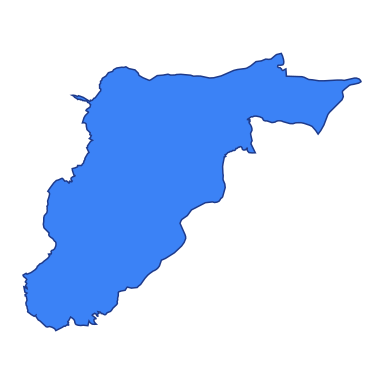 Magherani, Mures, Romania (Equal Earth projection)
{"feature_id": "2599482B35155087466971", "entity_name": "Magherani", "entity_type": "district", "adm_level": 2, "iso_a3": "ROU", "parent_name": "Romania", "parent_adm1": "Mures", "projection": "equal_earth", "projection_center": [24.936, 46.581], "detail": "fine", "context": "isolated", "style": "filled", "palette": "blue", "viewbox_px": 384, "rotation_deg": 0, "n_neighbors": 0, "source": "geoboundaries", "source_scale": "gbopen_adm2", "svg_char_len": 5742}
<svg xmlns="http://www.w3.org/2000/svg" viewBox="0 0 384 384"><path d="M117.6,298.2L118.3,295.6L118.3,292.4L118.9,291.8L121.1,291.0L125.1,290.3L127.0,287.3L127.4,287.1L131.4,288.1L137.2,287.5L138.6,286.0L140.6,284.5L144.8,278.5L147.7,275.2L149.8,273.4L153.2,271.0L154.7,270.4L156.6,269.2L158.0,267.9L159.4,266.0L161.4,260.2L165.5,258.4L174.4,252.8L181.6,246.0L184.1,242.5L185.7,238.5L185.6,236.5L185.0,234.6L180.0,223.3L181.0,220.8L181.9,219.4L187.3,215.6L191.5,209.9L205.4,202.7L212.5,201.9L214.6,202.5L217.1,202.1L219.0,201.2L219.8,200.2L221.0,198.2L221.5,198.1L222.6,196.9L225.2,187.6L224.8,184.0L223.2,180.1L223.0,179.0L223.2,175.3L222.9,173.5L222.6,166.6L223.0,163.7L224.2,157.6L224.1,157.1L224.3,156.8L224.8,156.9L225.8,156.4L225.3,155.6L225.5,155.2L225.2,154.6L226.4,154.2L227.8,152.6L229.3,152.1L229.9,151.5L230.3,151.4L230.9,151.6L232.2,151.0L232.6,150.5L234.2,150.5L234.9,150.3L235.7,149.4L235.9,148.5L237.1,148.4L238.3,147.3L239.1,147.3L239.3,147.0L240.5,146.6L241.3,146.9L242.0,147.8L242.3,149.1L242.7,149.6L243.9,150.1L245.5,149.8L247.1,148.1L247.3,148.2L247.1,150.0L247.7,151.1L249.0,152.6L252.1,152.9L255.3,152.8L251.0,143.9L251.3,142.1L252.1,140.8L250.7,134.6L250.6,133.2L252.0,130.3L251.9,128.4L251.4,126.7L250.6,125.0L249.1,122.8L249.1,122.6L249.5,122.3L249.1,121.0L249.2,120.7L249.8,121.5L250.0,121.4L249.9,119.7L249.6,119.5L247.5,119.6L247.5,119.3L251.4,116.7L252.6,116.9L253.9,116.2L256.1,116.1L259.8,116.8L262.5,118.1L263.1,119.6L263.8,120.4L265.2,120.9L267.0,120.9L271.9,122.6L273.4,122.4L275.3,122.0L276.1,121.4L277.9,120.8L280.2,120.8L281.6,121.0L283.2,121.7L290.0,123.6L293.0,123.7L295.7,122.8L298.5,122.7L301.2,122.7L303.9,123.3L309.6,125.2L312.1,126.4L315.6,130.4L318.1,134.1L320.8,130.5L323.9,125.0L327.9,114.5L329.5,112.3L342.0,99.8L343.3,96.7L342.9,94.4L342.4,92.7L342.5,91.2L344.5,89.3L349.4,85.3L351.1,84.7L353.6,84.3L358.7,83.1L361.0,81.7L360.5,80.4L359.1,79.0L356.5,78.1L354.3,78.1L344.3,80.4L341.8,80.1L336.9,80.1L324.1,80.8L319.0,80.8L312.4,79.8L308.7,79.5L304.2,77.3L301.9,76.7L286.4,76.2L285.9,68.9L284.2,69.7L283.9,70.1L282.8,70.5L282.0,70.0L281.5,69.3L281.4,68.8L280.9,68.6L280.1,67.6L278.6,67.6L277.6,66.8L277.8,65.6L278.2,65.2L281.0,65.2L282.8,64.8L283.4,64.0L283.7,63.2L283.8,61.6L283.5,59.5L282.5,56.0L281.3,53.4L276.7,54.5L275.7,55.1L271.1,59.0L268.9,59.4L265.7,59.1L261.3,60.9L256.0,61.6L250.7,65.9L247.0,68.0L245.4,68.5L237.6,69.5L233.8,70.4L221.2,75.9L213.6,77.8L209.4,78.0L200.5,76.1L197.1,76.0L193.5,76.2L190.7,75.2L180.9,74.3L176.5,74.5L175.0,75.0L170.6,75.1L168.0,74.2L163.1,75.1L157.2,75.6L150.8,79.8L149.3,80.4L142.9,77.7L139.0,75.4L138.2,73.1L135.0,69.9L128.9,68.6L125.9,66.8L124.6,67.2L123.3,67.4L121.9,67.2L116.7,68.0L113.6,69.7L112.6,71.4L108.4,72.7L105.9,76.1L102.5,78.2L102.0,79.0L101.8,80.2L100.5,81.3L100.6,83.4L99.5,84.5L99.6,86.2L99.6,88.3L100.8,89.1L100.6,91.0L99.5,92.1L95.4,97.6L94.4,98.3L93.9,98.3L92.4,100.2L91.6,100.5L90.5,100.2L90.4,101.1L89.6,101.3L83.3,97.4L80.1,96.2L78.4,95.7L77.6,96.5L75.2,95.5L73.1,95.2L72.2,95.3L73.6,96.0L74.6,97.3L76.9,98.6L77.7,99.5L78.7,99.2L79.8,99.5L80.5,99.4L80.8,99.9L81.7,99.7L82.7,100.6L83.7,100.6L84.8,100.9L86.3,100.9L86.9,101.1L87.4,101.8L87.6,102.4L88.8,102.8L89.5,103.4L89.7,103.9L90.6,104.6L90.0,107.1L86.5,109.5L86.0,110.6L88.3,111.9L88.4,112.4L85.3,115.5L84.0,117.7L82.4,122.9L84.3,122.7L85.5,123.3L86.1,123.9L86.3,124.7L86.3,126.2L87.0,129.6L90.2,132.8L89.8,134.5L90.2,135.0L91.3,135.4L90.5,137.4L89.3,138.6L92.5,140.3L90.6,141.4L87.5,145.9L87.6,147.2L86.7,147.7L89.0,152.6L87.8,153.4L85.6,157.1L84.9,158.4L84.9,159.6L84.1,160.7L83.5,163.0L82.2,164.3L81.8,165.2L81.5,165.5L77.6,165.5L77.5,166.8L75.0,167.9L72.2,168.6L72.4,170.4L74.0,175.3L74.7,175.4L75.0,175.8L74.8,176.1L72.5,176.9L71.1,178.1L71.0,178.8L71.2,179.8L71.8,180.7L72.2,181.0L71.7,181.8L70.3,181.6L69.8,181.1L69.5,181.3L69.3,182.9L68.8,183.0L67.5,181.6L66.4,180.9L64.9,181.2L62.5,178.4L61.7,178.4L58.5,179.9L56.3,180.5L53.7,183.0L50.0,188.0L47.8,191.3L49.0,192.2L49.6,193.6L49.5,194.6L49.0,196.8L47.6,201.0L48.0,204.2L47.7,205.2L46.9,206.3L47.2,206.8L47.1,209.2L47.3,210.6L46.8,212.8L44.3,215.7L43.8,217.7L43.7,221.8L43.3,224.2L43.9,227.5L44.3,228.2L49.1,233.0L48.8,234.4L48.9,235.3L49.3,236.0L50.6,237.2L52.7,238.6L54.5,241.1L55.4,241.7L55.9,242.7L56.0,244.3L55.8,246.0L54.6,248.8L53.3,249.9L51.7,250.5L51.3,250.9L51.0,251.8L51.4,252.5L51.3,253.8L48.5,254.1L48.9,255.0L49.8,255.1L49.4,256.2L48.3,257.6L47.5,258.5L43.7,261.4L42.5,262.6L41.4,263.3L39.7,264.0L38.2,265.7L37.4,266.2L36.7,268.1L35.0,269.8L31.0,272.6L27.0,274.2L26.1,273.3L23.0,275.1L23.3,276.0L24.0,276.9L26.0,278.4L26.8,279.5L25.3,281.9L26.5,283.0L26.8,283.5L25.3,286.2L26.8,287.2L27.1,288.6L23.9,286.9L24.9,292.1L27.0,293.1L25.6,294.5L25.1,294.6L25.2,295.9L26.3,296.2L27.0,300.1L25.9,302.9L26.2,305.2L27.0,306.4L27.2,308.3L27.9,310.3L27.6,311.5L27.8,312.0L29.7,313.3L31.1,314.5L34.2,316.3L35.8,315.3L35.6,316.0L38.2,319.9L40.2,321.1L46.1,326.7L47.3,327.0L49.6,326.5L52.2,327.3L54.7,328.7L55.8,330.6L62.3,327.3L64.1,326.1L65.1,326.3L66.8,325.0L68.6,325.1L68.7,324.9L67.9,324.0L68.2,323.2L68.6,322.9L68.6,322.7L67.7,321.9L67.7,321.6L68.6,320.8L70.6,317.0L72.4,318.2L73.9,319.5L74.7,321.2L74.8,322.2L75.4,323.8L76.2,324.6L78.0,325.2L80.7,325.5L83.3,325.2L87.9,325.7L89.0,321.0L89.9,322.4L90.9,323.3L92.2,324.1L94.4,324.3L96.3,324.2L95.2,323.1L94.4,322.0L94.0,321.0L93.9,319.8L94.1,319.3L94.9,318.9L95.9,318.8L96.0,318.4L92.2,315.3L92.5,314.6L94.5,313.4L94.7,313.7L95.7,313.6L96.7,315.5L97.4,316.2L97.7,316.2L98.0,316.0L97.4,315.1L97.2,314.4L98.9,313.4L98.0,311.7L100.4,312.2L101.3,313.6L102.1,313.5L104.5,314.7L105.2,314.7L105.7,314.5L107.2,312.7L110.5,311.4L111.6,310.2L112.9,308.2L116.8,304.5L117.4,303.2L117.1,301.7L117.7,299.8L117.6,298.2Z" fill="#3b82f6" stroke="#1e3a8a" stroke-width="1.5"/></svg>